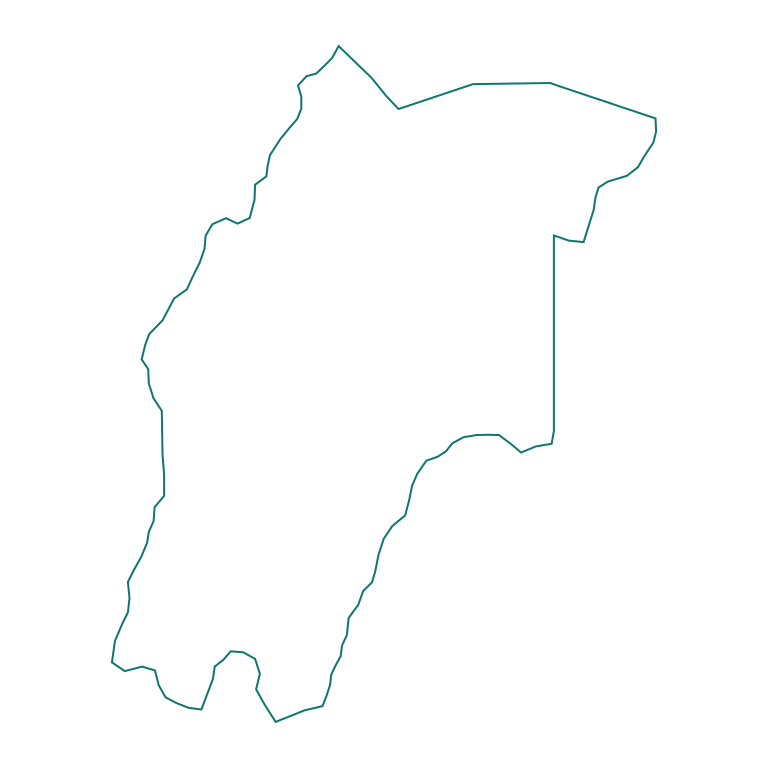 Piraí do Norte, Bahia, Brazil (Mercator projection)
{"feature_id": "56859067B87975960795932", "entity_name": "Piraí do Norte", "entity_type": "district", "adm_level": 2, "iso_a3": "BRA", "parent_name": "Brazil", "parent_adm1": "Bahia", "projection": "mercator", "projection_center": [-39.385, -13.812], "detail": "fine", "context": "isolated", "style": "outline", "palette": "teal", "viewbox_px": 768, "rotation_deg": 0, "n_neighbors": 0, "source": "geoboundaries", "source_scale": "gbopen_adm2", "svg_char_len": 1615}
<svg xmlns="http://www.w3.org/2000/svg" viewBox="0 0 768 768"><path d="M111.9,662.4L124.8,671.1L142.2,666.6L155.0,670.5L158.7,685.2L165.6,697.4L177.0,703.3L188.6,707.8L201.4,709.5L207.0,694.6L213.0,678.8L214.7,666.6L223.6,659.6L230.7,651.3L243.3,652.3L255.1,658.9L259.9,673.9L256.1,689.3L264.6,704.6L275.6,721.9L304.4,710.4L322.5,706.1L326.8,695.0L330.1,684.8L331.2,674.7L335.9,664.9L340.7,656.2L342.1,645.3L346.9,635.0L348.6,618.0L358.3,604.7L363.1,591.1L372.0,582.3L375.1,571.9L378.4,555.4L383.6,539.0L392.3,526.0L405.1,515.5L409.3,499.7L412.0,486.0L417.2,473.9L426.3,460.7L437.5,456.8L446.0,451.3L452.4,443.2L463.6,437.2L476.8,435.0L487.0,434.8L499.0,435.0L511.2,444.2L521.0,452.5L535.9,446.4L551.6,443.8L553.9,431.0L553.9,346.3L553.9,281.2L553.9,235.5L568.8,240.6L583.6,242.1L588.5,226.3L593.7,209.9L595.4,197.8L598.5,187.5L608.0,181.5L626.9,175.8L638.1,167.0L644.3,156.2L653.4,142.5L656.1,131.6L655.5,118.4L560.4,86.6L550.2,83.0L473.1,84.1L398.5,109.0L385.9,95.6L371.6,77.9L338.6,46.1L332.2,57.8L324.7,65.5L316.2,73.6L306.5,76.2L298.0,85.5L301.3,96.6L301.3,108.6L297.2,119.0L290.5,126.7L280.6,138.7L270.0,155.1L267.7,165.5L266.3,176.4L255.1,184.7L254.5,199.9L249.7,218.0L237.5,223.6L225.9,218.2L212.4,224.2L205.6,235.7L204.5,248.8L199.8,262.4L192.7,276.7L186.9,289.3L174.1,298.5L162.5,320.4L149.2,334.1L145.1,345.2L141.7,359.5L148.2,369.1L148.8,383.4L153.4,398.1L161.8,410.9L162.5,454.2L164.1,474.5L164.1,495.9L154.6,507.2L153.6,521.1L148.8,531.9L147.1,542.8L141.3,556.7L134.3,569.3L127.9,581.9L129.5,598.3L127.9,612.4L122.5,623.3L115.0,640.8L111.9,662.4Z" fill="none" stroke="#0f766e" stroke-width="2"/></svg>